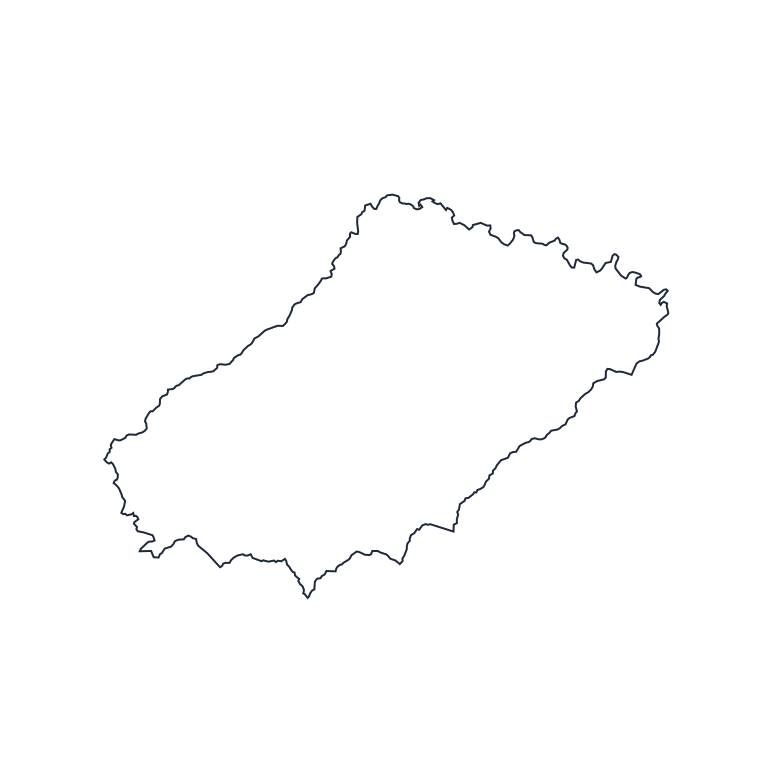 outline of Quaraí, Rio Grande do Sul, Brazil, rotated 152°
{"feature_id": "56859067B66093253937980", "entity_name": "Quaraí", "entity_type": "district", "adm_level": 2, "iso_a3": "BRA", "parent_name": "Brazil", "parent_adm1": "Rio Grande do Sul", "projection": "robinson", "projection_center": [-56.156, -30.292], "detail": "fine", "context": "isolated", "style": "outline", "palette": "slate", "viewbox_px": 768, "rotation_deg": 152, "n_neighbors": 0, "source": "geoboundaries", "source_scale": "gbopen_adm2", "svg_char_len": 6143}
<svg xmlns="http://www.w3.org/2000/svg" viewBox="0 0 768 768"><g transform="rotate(152 384 384)"><path d="M391.9,221.1L388.4,227.1L385.0,226.9L383.3,230.2L379.7,234.1L379.5,236.5L376.7,238.0L373.4,242.3L367.7,243.0L365.8,244.8L362.8,243.8L356.9,244.9L355.1,246.0L353.4,244.9L351.3,246.6L348.5,246.1L344.7,246.3L342.3,247.8L339.7,250.0L335.8,251.1L333.8,253.8L329.9,253.9L328.5,256.3L325.3,257.2L322.6,259.2L316.5,261.8L309.3,260.7L305.1,263.6L302.1,263.4L299.1,262.1L293.4,265.6L286.3,265.6L284.1,264.9L281.7,264.9L279.6,266.1L276.5,265.4L273.2,262.4L270.4,261.0L267.0,260.9L263.8,262.7L261.1,263.1L258.3,264.3L252.4,262.4L249.6,262.4L246.5,263.3L242.6,263.2L238.5,266.4L235.9,266.9L230.9,266.3L228.4,268.5L226.5,269.2L225.3,274.2L223.1,277.4L219.7,277.7L217.5,279.1L210.9,280.8L207.7,280.8L203.8,281.9L201.0,283.6L198.8,286.4L194.3,286.5L187.5,284.8L185.1,285.6L182.3,290.8L179.7,292.5L177.5,291.1L173.3,285.6L170.6,284.6L167.5,282.5L161.1,275.9L151.6,283.4L147.8,284.1L144.7,283.2L138.8,282.5L136.7,282.9L134.9,284.0L132.9,283.6L129.4,285.1L121.4,292.2L120.5,294.9L117.2,299.5L115.0,303.9L115.4,307.0L114.8,309.2L104.3,311.8L101.3,312.1L99.8,312.9L99.0,315.2L98.0,319.7L96.2,322.3L98.4,325.1L100.7,325.1L102.5,324.0L102.9,326.3L101.0,328.7L95.4,330.2L93.1,331.7L89.8,333.0L90.3,335.0L92.6,335.8L99.5,334.6L101.7,336.2L103.3,338.8L105.0,344.2L112.3,349.8L115.3,353.4L111.8,358.4L109.8,358.9L108.1,358.3L106.3,358.5L106.5,360.9L110.1,364.7L112.2,366.3L114.8,366.7L117.2,365.7L119.2,364.0L121.1,363.6L123.8,368.5L125.3,377.4L124.3,379.9L121.2,382.9L119.2,384.1L117.4,386.1L118.1,388.9L119.5,390.5L121.8,390.0L126.4,385.3L131.5,386.8L137.6,383.5L140.2,382.6L144.0,382.8L144.4,386.8L143.6,390.8L144.7,393.3L151.1,397.7L153.3,400.4L154.2,402.8L156.1,403.3L161.4,397.5L163.6,398.7L164.1,401.0L164.2,407.8L165.7,410.2L165.8,413.3L163.6,415.5L159.0,416.6L157.9,418.1L157.9,420.6L158.9,422.5L160.6,423.8L162.1,425.8L161.4,429.2L161.7,431.6L164.2,431.5L166.0,430.5L171.9,431.2L175.4,430.2L177.1,431.4L178.0,433.3L183.8,437.1L185.1,439.1L184.1,443.9L184.3,446.2L190.1,449.6L192.5,454.5L192.8,456.6L194.8,457.5L197.3,457.6L198.6,455.9L199.4,453.4L202.4,450.8L207.1,448.8L209.8,448.2L212.3,450.9L213.8,453.8L214.7,459.2L216.2,461.6L219.9,465.7L219.8,469.2L216.9,471.2L215.7,474.1L218.7,475.5L223.0,480.9L230.9,482.6L232.2,481.0L236.3,480.4L238.5,486.5L241.6,490.8L244.2,491.2L247.1,492.4L246.9,495.9L246.0,499.1L242.9,499.8L242.5,503.3L243.1,506.4L245.5,509.8L247.6,508.5L249.3,517.0L252.0,517.5L254.0,519.7L255.5,522.4L253.5,522.8L255.9,526.4L259.6,528.2L261.4,528.1L265.3,529.2L268.4,527.7L269.3,524.8L267.6,525.3L267.1,522.3L270.3,521.9L272.7,522.6L274.9,525.0L274.9,527.5L276.2,530.2L277.9,531.8L279.5,532.2L280.9,533.6L283.1,534.9L284.7,537.1L284.5,539.1L283.1,541.1L283.4,543.3L287.7,547.3L292.9,549.1L295.0,548.2L297.5,548.7L299.6,548.5L302.0,547.3L303.3,545.8L305.5,544.7L308.6,542.2L310.3,543.0L311.2,545.9L311.3,549.5L316.8,550.4L320.0,546.0L322.4,546.0L324.4,544.5L329.1,544.0L332.0,539.0L335.1,531.0L336.8,528.8L338.9,530.0L341.6,533.3L343.5,532.7L345.0,529.8L349.4,528.1L351.5,525.6L353.9,524.0L358.7,524.2L359.7,521.5L361.4,519.3L363.3,519.1L365.4,517.8L367.3,517.8L369.3,517.2L371.9,515.8L373.4,514.4L372.8,511.7L373.5,509.1L378.2,508.8L378.5,505.6L380.2,503.5L386.0,504.6L387.8,505.8L389.6,506.1L391.1,504.9L395.3,502.8L400.3,500.9L403.1,497.4L405.4,497.2L409.9,498.3L416.6,497.2L419.0,495.4L423.8,496.3L425.9,496.2L429.2,494.5L430.7,492.4L435.3,488.7L438.9,486.6L440.6,484.5L443.1,483.5L446.0,482.7L450.6,485.4L461.8,487.0L464.4,487.0L472.6,485.0L477.1,485.0L481.0,482.3L483.4,481.5L486.5,481.4L492.3,479.8L494.9,478.2L497.1,477.4L499.1,477.9L504.4,477.4L505.9,476.1L511.0,474.2L515.1,475.5L519.5,478.5L522.4,478.8L523.7,476.6L528.4,475.4L530.8,475.9L533.7,477.2L538.9,478.2L540.8,477.8L548.8,480.5L550.7,480.8L553.3,480.3L554.9,481.2L557.0,481.4L565.8,479.3L567.7,479.8L569.4,479.6L571.1,478.8L573.0,478.8L577.4,480.5L578.5,478.5L580.6,476.6L585.7,477.2L588.9,475.8L591.1,471.9L592.7,470.4L596.6,469.9L601.2,468.5L602.7,469.5L604.8,468.9L611.0,465.1L612.6,463.1L612.5,460.9L614.3,456.2L617.0,455.0L620.1,454.7L624.2,455.6L626.7,455.5L632.9,459.2L635.5,459.3L637.6,457.9L643.0,458.0L644.7,458.7L647.9,461.9L652.5,459.5L654.1,458.0L654.5,455.6L656.8,455.2L658.1,452.8L660.6,452.3L664.0,449.4L666.4,448.6L665.6,445.2L664.1,442.8L661.7,442.9L660.9,440.4L661.1,435.2L662.0,432.2L661.4,429.1L662.9,426.7L664.5,425.0L667.1,425.1L669.2,423.4L667.8,420.2L667.0,416.3L667.5,409.9L668.2,406.9L667.4,402.4L671.0,397.9L676.4,393.6L675.3,391.5L673.4,390.9L672.6,388.7L668.1,387.5L666.0,387.8L666.8,384.8L665.0,384.1L664.2,382.3L664.4,379.9L669.1,379.3L670.4,378.1L669.2,373.6L670.8,372.1L670.6,369.6L665.9,365.8L659.4,359.2L659.4,356.7L660.1,353.5L662.4,353.7L665.8,355.2L668.3,354.8L676.2,352.6L678.2,351.0L668.0,345.9L668.7,339.2L664.5,336.6L661.7,338.9L659.5,339.0L654.9,341.6L648.2,340.4L644.9,341.6L642.3,343.4L638.5,343.0L633.7,340.8L631.5,342.0L628.1,342.1L626.1,339.9L625.2,337.7L622.7,335.3L623.9,331.7L624.0,328.4L619.5,317.6L614.8,299.2L612.4,299.3L610.3,300.9L608.2,300.6L604.3,298.6L601.8,300.2L598.5,301.2L594.0,301.4L588.4,299.9L587.5,298.0L584.9,296.5L581.6,296.3L581.7,292.2L575.3,285.0L573.5,285.1L569.5,281.4L564.1,279.8L563.0,277.5L560.7,277.8L557.9,275.7L553.6,276.1L553.4,273.8L554.4,270.0L553.5,267.4L553.4,264.2L552.8,260.9L551.5,259.5L552.4,256.7L551.6,254.3L550.4,251.8L552.1,250.3L552.1,246.8L550.9,243.7L551.3,240.0L552.3,238.3L553.6,237.1L552.6,235.5L551.8,230.9L549.4,232.0L547.7,233.7L544.4,235.4L541.9,235.4L537.9,241.8L535.4,243.2L533.7,243.3L531.2,242.3L529.2,243.6L525.7,243.7L522.6,245.9L514.7,241.3L512.7,243.5L511.1,244.4L508.1,245.0L506.0,244.5L503.7,245.2L497.8,245.5L496.1,246.0L493.0,248.1L486.8,248.9L484.7,247.2L480.9,242.1L477.1,239.8L475.3,239.8L472.7,242.1L467.7,239.3L466.5,237.2L462.0,232.5L461.2,230.6L460.4,226.7L456.8,222.9L454.6,217.6L450.7,218.9L449.7,221.2L446.7,222.9L441.4,227.5L440.1,229.9L438.1,232.2L434.9,233.4L433.9,235.3L431.3,237.8L427.3,238.1L422.9,240.4L421.4,238.8L416.5,241.2L412.9,240.7L411.4,239.1L408.9,238.4L391.9,221.1Z" fill="none" stroke="#1e293b" stroke-width="2"/></g></svg>